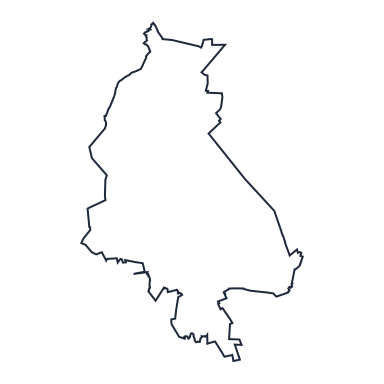 Mapimí, Durango, Mexico (Robinson projection)
{"feature_id": "50627088B7119871400855", "entity_name": "Mapimí", "entity_type": "district", "adm_level": 2, "iso_a3": "MEX", "parent_name": "Mexico", "parent_adm1": "Durango", "projection": "robinson", "projection_center": [-104.148, 26.158], "detail": "fine", "context": "isolated", "style": "outline", "palette": "slate", "viewbox_px": 384, "rotation_deg": 0, "n_neighbors": 0, "source": "geoboundaries", "source_scale": "gbopen_adm2", "svg_char_len": 5608}
<svg xmlns="http://www.w3.org/2000/svg" viewBox="0 0 384 384"><path d="M89.3,147.0L91.9,158.1L106.8,175.3L105.4,179.7L104.9,196.4L105.5,200.1L97.5,203.9L92.0,206.4L87.6,208.6L89.3,227.0L90.2,227.3L90.2,230.1L83.8,238.1L83.3,238.7L81.3,243.1L85.5,244.8L91.8,252.2L96.2,254.4L101.8,252.2L106.2,260.6L107.1,258.9L116.8,258.3L117.7,262.5L120.4,259.0L121.9,259.4L122.9,262.6L125.9,262.3L125.3,260.1L135.4,262.1L142.7,263.2L144.7,271.6L144.3,271.8L143.2,272.0L133.5,273.9L134.6,273.8L147.5,272.1L147.1,273.2L147.5,273.5L147.1,274.2L147.1,274.4L147.3,274.5L148.0,274.1L148.3,274.2L148.4,276.3L149.0,276.3L149.0,276.5L149.5,277.4L149.9,278.9L150.0,280.4L150.1,280.6L149.7,281.2L149.5,285.5L149.6,286.9L150.0,287.0L150.0,287.9L149.4,288.2L148.8,289.7L149.0,290.3L148.5,291.2L148.4,291.3L149.5,292.8L155.6,300.7L163.9,287.7L164.6,288.4L165.0,287.9L167.4,288.8L167.8,292.0L168.0,291.9L168.7,292.0L169.1,291.8L169.3,291.7L169.7,291.6L170.2,291.4L171.5,291.4L172.3,291.0L172.5,290.8L174.6,290.4L174.8,290.4L175.2,290.4L175.7,290.2L176.7,290.0L176.8,289.8L177.0,289.8L177.6,291.0L178.2,291.4L178.1,292.3L177.9,292.7L177.9,292.9L177.9,293.5L178.1,293.7L178.6,293.3L179.9,292.9L181.3,293.8L181.7,294.1L181.9,294.4L182.1,294.9L178.2,297.2L176.1,310.3L175.2,318.6L171.3,319.4L171.3,322.3L171.7,324.5L177.7,334.4L178.6,336.0L179.1,336.8L184.8,338.7L184.9,338.2L184.9,337.9L184.2,337.1L184.2,336.9L184.3,336.7L184.7,336.6L184.9,336.4L185.3,336.2L186.7,336.3L187.3,336.6L187.5,336.8L187.6,337.2L188.2,337.8L188.2,338.4L188.3,338.6L188.5,338.7L189.0,338.1L189.3,338.0L189.6,337.6L190.0,336.6L190.0,336.2L190.2,335.7L190.3,335.1L190.5,334.7L190.8,334.1L191.0,333.6L191.2,333.4L191.5,333.3L192.5,333.4L192.7,333.7L193.5,334.4L193.5,334.6L193.6,334.9L193.6,335.4L193.6,336.6L194.3,337.9L194.5,338.4L194.4,338.5L194.5,339.2L194.9,340.7L195.6,341.8L195.7,342.0L195.9,342.2L196.3,342.0L196.6,342.0L196.9,341.9L197.3,341.9L197.7,341.6L198.0,341.8L198.5,341.8L199.1,341.9L199.4,341.8L199.8,341.9L199.9,341.7L199.9,340.9L200.2,340.1L200.4,338.5L200.6,338.2L200.9,338.2L201.3,337.6L201.8,337.2L201.7,336.4L201.9,336.5L202.1,336.4L202.5,336.5L202.6,336.4L202.8,336.4L203.0,336.3L203.7,336.2L204.6,336.2L204.8,336.3L204.8,336.5L205.1,336.7L205.6,336.2L206.5,336.1L207.2,335.0L207.4,343.7L210.8,342.6L215.1,341.5L223.2,354.5L224.4,356.7L232.3,355.0L233.4,361.0L239.9,359.6L234.8,344.6L241.5,344.9L240.2,341.4L239.4,339.5L229.1,339.1L230.0,324.0L232.4,323.0L230.4,319.7L222.5,308.1L220.5,309.3L218.1,303.8L219.2,303.2L218.0,301.5L226.5,298.2L224.7,294.4L226.0,293.6L225.5,293.7L224.8,293.5L224.2,293.1L224.1,292.9L223.9,292.7L223.7,292.2L229.4,288.8L229.3,288.6L232.0,288.4L236.9,288.4L239.4,288.4L243.5,288.5L243.5,288.9L250.3,290.7L267.1,292.5L273.2,293.4L276.4,296.6L287.6,292.7L288.4,292.3L288.3,291.6L289.6,290.4L289.4,290.0L289.1,290.1L288.8,289.2L288.3,288.5L289.1,287.3L290.1,286.3L290.0,286.1L290.8,287.6L292.1,286.6L291.6,283.8L292.4,283.5L292.0,282.1L292.4,280.7L294.5,269.9L294.6,270.0L298.2,267.1L299.4,266.0L299.7,265.4L300.6,262.7L300.7,262.9L302.0,258.8L302.3,258.0L302.7,256.6L300.4,255.9L301.2,252.7L298.9,252.0L299.0,251.8L297.9,252.7L297.0,249.5L289.7,255.5L289.2,254.0L287.7,250.0L286.4,246.5L284.9,242.3L285.1,242.2L285.0,241.6L282.8,235.3L282.6,235.3L281.6,232.5L281.7,232.4L274.3,210.9L266.4,202.3L265.2,201.1L264.9,200.7L259.6,194.9L245.1,179.2L208.6,133.5L220.4,122.4L219.0,120.7L220.7,119.1L216.1,113.2L220.0,109.4L220.9,107.5L221.1,106.7L222.4,97.2L221.9,93.3L207.4,92.7L208.0,90.9L205.8,90.7L207.7,83.6L207.5,75.5L204.6,74.8L201.5,72.3L203.3,70.4L225.0,44.8L212.1,44.9L212.1,39.3L211.8,39.0L203.7,39.8L202.3,44.7L202.0,45.9L201.1,47.6L198.7,46.3L171.9,40.0L162.6,39.1L162.7,38.6L157.6,31.3L157.7,30.6L155.5,26.0L155.0,25.5L154.8,24.8L154.6,24.6L154.4,24.5L154.4,24.3L154.3,24.1L154.0,24.0L153.9,24.0L153.8,23.9L153.7,23.9L153.6,24.0L153.5,23.9L153.3,23.4L153.2,23.3L153.1,23.0L152.8,23.3L152.0,23.9L151.2,24.7L151.3,25.1L151.4,25.8L151.2,26.4L150.8,27.2L149.7,28.4L149.3,28.6L148.8,29.0L148.5,29.1L148.8,29.2L149.0,29.4L150.0,29.3L150.3,29.5L149.7,29.7L149.4,29.6L149.2,29.6L149.1,29.9L148.8,30.2L148.8,30.6L148.7,30.7L148.6,30.8L148.4,30.9L148.2,30.8L148.0,31.0L147.9,31.0L147.5,31.1L147.6,31.4L145.4,32.2L144.5,33.0L144.3,33.6L144.1,33.7L144.2,33.8L144.6,33.9L144.6,34.1L145.0,34.7L145.4,35.1L146.1,35.1L146.3,35.2L146.0,35.5L145.9,36.3L146.7,37.5L146.6,38.2L146.7,39.5L146.8,40.0L147.0,40.4L143.7,43.2L143.8,43.3L144.2,43.4L144.4,43.5L144.6,44.0L144.9,44.3L145.4,44.3L146.0,44.5L146.5,44.5L146.8,45.0L147.4,45.4L147.5,45.6L147.7,46.0L148.0,46.1L148.2,46.6L148.3,46.7L148.8,47.9L148.9,48.4L149.0,48.6L149.2,49.0L149.4,49.2L149.4,49.7L149.6,50.0L149.7,50.7L150.0,51.0L149.9,51.1L150.1,51.5L150.2,51.8L148.0,53.8L145.9,56.4L145.9,56.6L146.2,57.1L146.2,57.8L146.1,58.0L145.2,59.6L142.6,65.4L142.6,65.6L142.4,65.8L140.9,68.9L140.2,69.2L135.5,71.4L131.4,72.8L129.9,74.2L129.3,74.9L128.2,75.5L127.2,75.8L126.9,76.1L124.7,77.4L121.0,80.4L120.6,80.4L120.1,80.7L119.6,81.1L118.9,81.8L118.7,82.2L118.4,82.6L117.7,83.7L117.4,85.1L116.8,87.0L116.2,87.8L115.9,88.7L115.5,89.9L115.4,90.5L115.4,91.1L115.4,91.4L115.2,92.1L115.0,93.5L114.8,94.0L114.5,95.4L112.9,99.5L111.7,102.6L111.1,103.2L111.1,103.5L110.8,104.7L109.5,107.5L109.3,107.6L109.1,108.2L108.8,108.6L108.4,108.9L108.0,110.3L107.6,111.4L107.1,113.0L106.5,114.1L106.2,114.8L106.0,115.4L105.9,115.8L105.6,115.7L105.0,115.8L104.5,116.0L104.4,116.2L104.8,117.9L104.8,118.2L104.7,118.6L104.8,119.6L104.7,120.0L105.7,121.5L105.9,122.3L106.0,124.0L106.0,125.1L105.8,125.8L105.4,126.7L105.2,127.8L104.8,128.6L89.3,147.0Z" fill="none" stroke="#1e293b" stroke-width="2"/></svg>